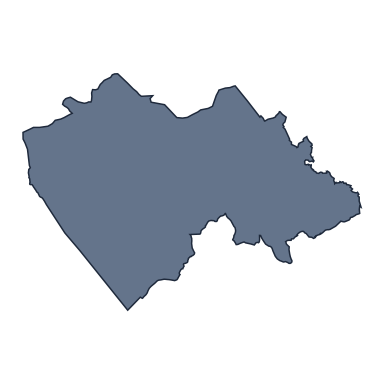 Eloxochitlán, Puebla, Mexico
{"feature_id": "50627088B39067728533563", "entity_name": "Eloxochitlán", "entity_type": "district", "adm_level": 2, "iso_a3": "MEX", "parent_name": "Mexico", "parent_adm1": "Puebla", "projection": "mercator", "projection_center": [-96.905, 18.503], "detail": "fine", "context": "isolated", "style": "filled", "palette": "slate", "viewbox_px": 384, "rotation_deg": 0, "n_neighbors": 0, "source": "geoboundaries", "source_scale": "gbopen_adm2", "svg_char_len": 5986}
<svg xmlns="http://www.w3.org/2000/svg" viewBox="0 0 384 384"><path d="M307.3,138.5L306.8,136.6L304.0,138.3L303.1,139.6L303.5,141.2L299.1,143.3L298.9,144.0L298.6,144.0L298.0,146.3L298.1,146.8L296.9,147.6L296.2,146.6L293.6,145.4L291.5,144.5L291.4,142.1L289.3,140.3L289.6,139.2L285.0,129.1L283.3,127.4L284.0,126.6L282.8,124.9L283.4,123.4L284.9,122.0L286.2,117.2L282.4,114.4L280.0,111.7L279.5,111.7L279.4,111.7L278.8,113.1L277.5,114.3L277.3,114.7L276.9,114.9L276.1,115.5L275.5,116.9L273.3,118.0L268.1,119.2L265.2,120.9L264.5,121.0L263.1,118.2L260.9,115.9L259.9,117.1L247.3,100.8L235.2,85.9L233.4,86.3L230.0,87.6L225.3,88.1L218.9,90.1L218.4,91.5L216.3,95.4L212.5,106.3L208.2,108.4L200.7,109.9L197.8,112.0L192.5,114.6L187.4,117.4L182.6,118.1L176.8,117.6L164.6,104.7L151.1,102.2L150.1,98.6L152.7,95.7L141.4,96.3L139.1,94.6L136.7,91.7L133.1,88.8L127.3,82.9L117.7,73.8L114.7,73.9L112.3,74.8L110.7,77.3L104.2,80.4L101.9,82.9L100.3,84.4L97.8,89.1L95.4,89.8L92.6,89.6L91.6,93.0L91.9,96.5L91.5,100.6L90.9,102.0L88.7,101.9L86.8,102.8L84.3,103.3L78.0,101.8L70.4,97.2L67.0,98.2L65.6,98.8L63.5,101.1L62.6,104.3L64.6,106.1L66.9,107.4L68.5,108.8L69.7,111.0L72.2,113.3L69.2,114.8L64.1,117.6L60.7,119.1L55.2,120.3L52.4,123.6L48.0,126.2L39.7,127.4L33.5,127.4L30.1,129.1L23.0,132.4L23.1,139.1L25.0,142.8L27.5,149.2L29.4,165.6L30.3,167.7L28.8,169.4L28.4,172.9L29.1,176.4L28.9,177.7L29.3,178.0L29.7,178.9L29.9,181.4L30.1,182.1L29.9,182.4L29.9,182.9L29.7,183.3L29.8,184.1L29.9,184.4L30.4,184.6L31.5,184.6L31.9,184.6L32.2,184.8L33.0,185.9L33.3,186.6L34.6,188.4L34.7,188.7L35.5,189.7L36.6,191.6L37.0,192.2L37.8,192.6L39.6,196.4L40.6,197.1L41.8,197.6L42.8,198.6L44.5,201.2L46.4,204.6L64.9,233.0L79.7,250.4L127.7,310.2L140.3,297.2L142.3,298.3L142.8,298.0L144.0,296.5L145.9,294.8L147.2,292.9L148.0,290.7L149.3,288.2L151.1,286.3L155.4,282.7L156.8,281.2L158.2,280.3L159.2,280.1L160.8,279.9L164.1,279.2L165.6,279.3L167.5,279.5L169.0,279.6L170.9,279.9L173.6,280.4L174.7,280.6L176.8,279.8L177.5,279.0L178.7,276.7L180.0,274.5L179.5,274.2L179.3,273.6L179.3,272.8L179.7,271.8L181.0,269.5L182.0,268.8L182.8,268.8L183.2,267.6L183.6,266.9L184.0,266.4L184.0,266.1L183.9,265.8L183.7,265.3L183.5,264.5L183.5,264.1L183.8,263.7L184.2,263.6L185.2,263.4L186.2,263.0L187.0,262.6L187.5,262.1L187.7,261.8L187.8,260.5L188.3,259.4L188.4,258.4L188.8,257.9L189.5,257.6L189.8,257.3L190.0,256.7L190.3,256.5L191.3,256.5L191.7,256.0L193.0,255.4L193.5,254.8L193.9,254.6L194.3,254.1L194.5,253.5L194.6,252.7L194.1,252.0L192.2,248.0L191.6,243.5L191.8,240.9L191.7,238.2L191.2,237.1L191.2,236.7L191.0,235.9L190.7,235.3L190.0,234.5L199.8,234.1L200.3,233.8L200.6,233.2L201.1,230.7L202.1,229.6L203.2,228.7L204.4,227.9L205.4,227.0L205.5,226.4L205.4,225.7L206.1,225.1L206.9,223.6L207.8,222.1L208.7,221.1L210.7,220.5L212.2,220.5L212.9,220.7L213.5,220.6L214.0,220.7L214.8,221.4L215.9,221.5L216.7,221.4L217.3,220.6L217.6,219.3L218.2,218.4L219.2,217.4L220.0,216.6L220.8,216.0L221.6,216.0L222.8,215.6L223.6,215.3L224.2,214.9L225.2,213.5L225.5,213.5L226.7,216.4L227.8,217.8L229.5,219.2L230.9,220.7L234.0,226.5L235.0,227.5L235.6,230.2L235.5,232.0L234.8,234.1L234.4,234.9L234.0,235.3L233.8,237.0L233.4,238.4L232.8,239.3L232.7,239.8L233.3,240.4L234.2,241.0L234.7,241.9L235.4,242.9L235.7,243.7L236.2,244.6L237.9,244.4L240.5,243.2L242.4,242.5L243.5,242.1L244.5,242.1L245.4,242.8L251.0,244.0L254.3,245.0L255.3,243.7L255.7,243.0L256.5,242.6L257.8,242.4L258.5,242.7L259.2,242.0L259.5,240.6L259.6,239.1L259.5,235.4L260.6,235.5L261.9,238.4L263.5,241.0L265.6,244.1L268.7,246.1L270.3,246.4L271.4,247.3L272.2,248.6L272.9,250.8L275.3,256.3L277.3,258.9L279.8,260.6L281.5,261.2L283.1,261.9L283.7,262.0L285.6,261.6L287.7,262.5L288.9,263.3L290.1,263.4L291.5,262.6L291.9,261.7L291.9,260.6L291.1,259.0L290.3,256.7L289.7,254.1L289.0,249.6L289.2,246.8L287.1,244.8L286.2,243.7L286.2,243.2L286.0,242.4L285.6,241.7L287.3,240.5L288.7,240.3L291.1,240.3L291.5,238.9L293.5,238.8L294.3,237.8L295.7,236.4L296.3,236.4L297.0,235.9L297.5,235.4L296.9,235.0L298.1,233.5L300.2,232.0L301.6,231.5L303.0,231.3L303.9,231.7L304.5,232.7L306.3,233.6L309.0,237.0L311.0,237.2L311.6,237.2L313.6,238.4L315.3,237.5L314.9,236.8L315.6,236.4L315.6,236.5L316.0,236.3L315.8,235.9L315.9,235.7L316.2,235.6L316.3,235.7L317.2,235.4L317.7,235.1L319.3,234.6L319.6,234.6L320.5,234.1L320.2,233.6L320.4,233.4L320.8,233.8L321.7,233.4L322.2,232.9L322.6,232.7L325.2,230.3L325.6,230.1L327.2,229.7L328.6,229.7L330.0,229.4L335.6,226.2L340.7,221.4L340.8,221.2L343.5,221.8L344.6,221.8L349.1,220.0L349.9,219.1L350.4,217.7L350.8,217.4L351.1,217.3L351.7,217.3L352.2,217.1L352.4,217.1L355.3,215.4L356.2,214.6L359.0,213.8L359.7,213.4L359.3,209.5L359.7,206.2L361.0,207.1L359.2,201.1L359.2,197.0L358.2,196.4L358.0,195.0L358.2,194.8L358.4,194.5L358.8,194.3L358.1,193.1L357.5,192.3L357.1,192.7L356.2,192.8L355.4,192.7L354.2,192.4L352.4,191.8L351.1,190.5L352.5,189.0L351.1,187.8L350.1,187.1L351.0,185.7L349.0,185.0L347.9,184.7L346.6,184.6L346.4,183.8L346.0,183.1L345.1,183.2L345.0,183.4L343.8,183.3L343.6,182.4L343.3,182.0L342.4,181.8L341.8,182.3L341.6,182.3L341.3,182.5L340.3,181.7L339.9,181.6L339.7,182.7L336.4,183.0L336.0,182.4L334.7,183.7L334.6,182.8L333.6,180.1L334.2,178.8L334.1,178.4L331.5,176.6L330.2,174.6L329.9,173.1L328.8,172.0L327.5,171.2L327.4,171.4L326.5,171.3L326.8,172.6L326.3,172.8L326.4,173.1L324.9,173.2L322.5,173.2L322.2,172.6L322.0,172.4L320.7,172.2L319.4,172.8L318.8,173.4L316.5,173.0L315.9,171.9L314.2,171.2L313.7,170.6L313.5,169.9L312.6,169.8L312.7,169.3L311.7,168.6L310.9,167.2L310.6,166.8L311.3,166.0L311.2,164.9L310.5,165.2L309.8,164.8L309.3,164.8L308.9,164.6L308.6,164.9L308.3,164.3L306.3,164.8L305.1,164.5L305.0,164.3L304.6,161.4L304.7,161.2L305.8,159.9L308.2,160.2L309.1,161.4L309.4,161.6L310.9,161.4L312.0,161.0L313.3,161.9L314.0,160.9L312.7,158.8L312.5,157.5L312.6,157.3L311.6,157.3L310.4,154.4L310.7,153.8L310.9,152.9L311.4,152.6L311.6,149.8L312.1,147.6L311.2,146.8L310.8,146.4L312.1,145.4L311.9,143.9L309.1,141.3L308.2,139.9L307.4,138.5L307.3,138.5Z" fill="#64748b" stroke="#1e293b" stroke-width="1.5"/></svg>